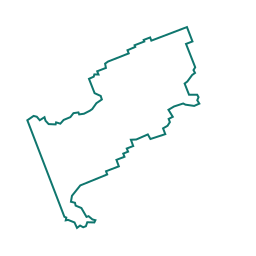 Bannock, Idaho, United States of America, rotated 249°
{"feature_id": "52423323B14195379184896", "entity_name": "Bannock", "entity_type": "district", "adm_level": 2, "iso_a3": "USA", "parent_name": "United States of America", "parent_adm1": "Idaho", "projection": "orthographic", "projection_center": [-112.285, 42.639], "detail": "fine", "context": "isolated", "style": "outline", "palette": "teal", "viewbox_px": 256, "rotation_deg": 249, "n_neighbors": 0, "source": "geoboundaries", "source_scale": "gbopen_adm2", "svg_char_len": 1276}
<svg xmlns="http://www.w3.org/2000/svg" viewBox="0 0 256 256"><g transform="rotate(249 128 128)"><path d="M51.4,53.5L54.6,56.2L51.9,62.7L53.6,64.5L55.4,62.0L59.8,59.6L59.9,57.4L70.0,55.8L74.3,51.3L77.2,51.7L79.6,48.3L84.8,51.4L91.5,62.9L92.1,91.9L95.5,92.0L95.5,105.7L102.4,105.8L102.4,114.4L105.8,114.4L105.9,119.6L109.3,119.5L109.3,126.4L116.0,126.5L114.3,131.6L114.9,144.2L109.7,145.0L108.9,160.6L115.1,160.6L115.9,165.7L118.5,169.2L121.9,169.2L122.4,173.8L130.5,172.3L131.6,178.7L131.1,188.3L129.2,190.0L124.9,197.7L125.2,203.3L129.1,202.6L131.5,204.9L134.3,204.5L137.2,196.9L149.2,196.8L150.1,200.0L154.5,206.9L155.4,210.3L158.6,209.9L160.6,212.5L185.7,212.3L185.7,219.2L201.1,219.2L201.2,181.1L204.6,181.1L204.6,174.2L202.9,174.2L202.9,163.8L201.1,163.8L200.8,155.4L197.4,155.4L197.2,133.2L196.3,129.7L192.0,128.9L192.0,119.6L188.5,119.6L190.1,115.8L188.2,114.4L187.9,109.2L172.5,109.3L167.7,114.0L164.0,113.8L162.5,107.4L158.5,101.4L157.8,98.6L157.1,92.0L158.2,87.3L160.3,87.3L161.4,82.4L158.8,78.1L158.6,70.8L156.3,66.4L159.0,62.9L157.3,61.7L160.1,55.3L164.4,53.6L168.0,53.9L166.9,48.4L171.2,46.9L173.1,44.2L171.3,36.8L67.9,36.8L66.5,38.3L64.1,36.8L63.7,39.1L59.0,44.2L53.0,44.6L54.1,48.3L51.4,50.6L51.4,53.5Z" fill="none" stroke="#0f766e" stroke-width="2"/></g></svg>